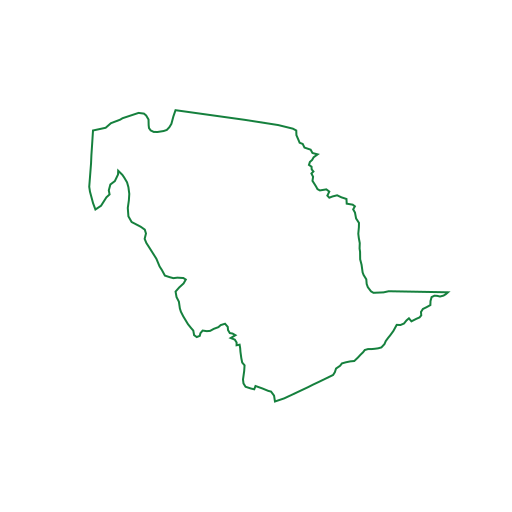 São Francisco do Brejão, Maranhão, Brazil, rotated 18°
{"feature_id": "56859067B51187735932804", "entity_name": "São Francisco do Brejão", "entity_type": "district", "adm_level": 2, "iso_a3": "BRA", "parent_name": "Brazil", "parent_adm1": "Maranhão", "projection": "mercator", "projection_center": [-47.336, -5.17], "detail": "fine", "context": "isolated", "style": "outline", "palette": "green", "viewbox_px": 512, "rotation_deg": 18, "n_neighbors": 0, "source": "geoboundaries", "source_scale": "gbopen_adm2", "svg_char_len": 2712}
<svg xmlns="http://www.w3.org/2000/svg" viewBox="0 0 512 512"><g transform="rotate(18 256 256)"><path d="M62.2,187.0L65.5,199.9L68.3,211.0L70.5,218.9L76.0,241.7L78.2,246.1L84.7,256.1L88.9,261.4L93.1,256.1L95.6,246.4L97.7,242.7L95.7,239.0L95.4,233.0L98.6,228.4L99.6,221.1L98.6,217.5L103.8,220.1L106.4,222.1L110.6,225.8L113.4,230.0L116.3,236.1L117.9,242.4L119.2,249.9L122.4,257.7L127.2,262.1L137.3,263.8L142.1,265.3L144.4,268.6L144.8,274.1L147.7,277.5L152.1,281.1L162.1,289.4L167.6,295.8L170.8,298.4L175.4,302.8L180.8,302.8L184.3,302.6L187.9,300.9L193.7,299.4L196.5,300.1L195.6,304.5L192.7,309.6L190.5,314.7L193.1,319.6L196.8,323.3L199.8,329.4L201.8,332.2L205.5,335.9L212.3,341.8L216.4,344.5L219.4,346.3L221.6,350.4L224.7,351.4L227.2,349.3L227.0,346.6L228.3,343.4L232.4,342.7L235.5,341.4L238.4,338.3L242.2,335.3L243.8,332.6L247.5,330.0L251.0,332.1L252.3,335.1L254.9,337.4L257.6,337.0L260.9,337.7L257.3,341.8L261.7,342.1L264.3,344.3L265.1,346.9L267.8,345.4L269.4,348.5L270.8,351.9L273.6,357.7L275.8,361.6L278.9,363.5L280.3,369.0L281.8,377.5L283.5,381.1L286.5,383.6L292.2,383.6L295.5,383.3L295.7,379.8L303.0,380.0L309.4,380.5L312.2,380.3L316.3,383.2L319.0,388.5L326.8,382.7L346.0,364.7L350.1,360.6L354.8,356.2L366.1,345.3L366.9,342.1L366.9,338.3L369.9,334.4L370.9,331.6L374.2,329.4L378.2,327.1L381.9,325.5L384.3,321.1L385.9,317.6L387.6,314.4L388.5,311.8L391.3,309.9L394.7,308.8L397.7,307.5L400.6,306.1L403.5,304.2L405.4,300.1L405.7,296.8L407.0,292.9L408.1,290.1L409.8,284.9L411.1,278.0L414.7,277.0L417.6,274.5L419.0,270.8L420.7,268.0L424.0,270.1L428.0,266.1L430.5,263.9L431.5,261.4L430.2,258.2L431.1,254.8L434.0,252.0L437.0,248.8L435.9,245.0L435.7,240.8L438.0,238.6L440.7,237.9L443.5,237.7L446.6,235.7L448.3,233.7L449.8,231.2L393.1,248.5L388.5,251.2L379.1,254.7L376.3,254.1L372.0,251.1L369.9,248.4L368.1,244.1L364.2,240.8L362.5,238.7L359.1,231.7L356.1,227.0L353.7,219.9L352.2,216.9L350.7,211.7L348.2,207.1L346.4,203.2L345.0,197.0L343.7,192.7L339.6,189.4L336.7,184.1L334.0,181.6L334.7,178.2L332.1,177.3L326.1,178.2L324.4,173.8L319.1,173.8L314.4,173.2L310.4,175.7L307.7,177.9L305.2,176.5L305.8,172.1L302.3,170.9L296.5,173.9L293.8,173.4L291.7,171.4L289.2,169.3L286.5,167.1L285.8,163.0L283.2,160.4L284.5,157.9L282.2,156.4L281.2,153.9L278.2,153.0L278.2,149.9L279.7,147.3L280.3,144.3L283.2,140.3L277.9,140.6L275.1,138.0L268.6,137.9L265.8,135.0L262.5,134.8L260.1,132.0L257.1,128.6L255.5,124.2L251.7,123.5L236.7,124.6L203.1,130.0L134.4,142.2L134.3,148.8L134.7,156.5L133.8,160.3L132.2,163.7L129.5,165.7L124.0,168.5L120.4,169.6L117.0,169.1L114.7,167.4L113.5,164.8L111.6,159.4L108.1,156.3L105.4,155.2L100.1,156.2L86.5,166.2L84.7,168.3L77.0,174.5L73.4,180.5L62.2,187.0Z" fill="none" stroke="#15803d" stroke-width="2"/></g></svg>